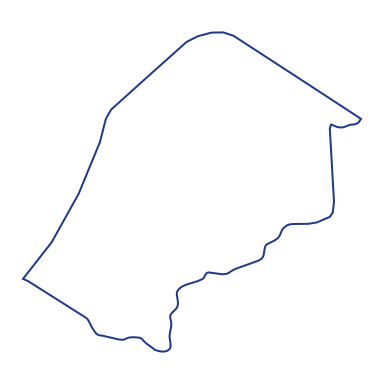 map outline of Hhohho (orthographic projection)
{"feature_id": "SWZ-534", "entity_name": "Hhohho", "entity_type": "District", "adm_level": 1, "iso_a3": "SWZ", "parent_name": "eSwatini", "parent_adm1": "", "projection": "orthographic", "projection_center": [31.368, -26.096], "detail": "fine", "context": "isolated", "style": "outline", "palette": "blue", "viewbox_px": 384, "rotation_deg": 0, "n_neighbors": 0, "source": "natural_earth", "source_scale": "10m", "svg_char_len": 1390}
<svg xmlns="http://www.w3.org/2000/svg" viewBox="0 0 384 384"><path d="M223.3,32.4L233.5,35.8L275.7,63.2L317.9,90.7L354.5,114.6L361.0,118.9L358.2,122.9L356.1,123.8L353.4,124.6L351.1,124.6L348.9,125.2L344.5,126.9L342.1,127.5L339.6,127.4L337.2,127.0L331.1,124.5L329.8,128.3L334.0,201.6L332.8,212.4L330.0,216.8L316.9,222.4L308.7,223.8L292.8,224.0L290.2,224.3L287.1,225.3L283.8,227.8L282.0,230.0L279.9,235.2L278.9,236.7L277.6,238.3L274.0,240.8L267.7,243.9L265.9,245.2L264.9,247.3L263.7,254.7L263.1,256.6L262.3,257.8L261.3,258.9L258.5,260.6L235.4,268.9L231.1,271.2L228.8,272.9L226.2,273.9L222.5,274.3L208.7,272.4L206.9,272.9L205.6,274.4L204.8,275.7L204.0,277.6L203.4,278.4L201.8,279.3L197.8,281.1L185.9,284.8L182.0,286.6L179.5,288.5L177.9,290.4L176.9,292.3L176.8,294.6L177.7,300.4L178.0,303.8L177.5,306.4L176.2,308.7L171.6,313.2L170.3,315.5L170.2,317.8L170.9,320.7L171.4,324.3L170.9,328.2L170.0,332.3L169.5,336.4L170.5,343.8L170.6,347.0L169.6,349.1L167.6,350.6L164.4,351.6L160.0,351.4L155.2,350.0L146.9,343.9L143.7,341.0L141.6,338.6L140.2,337.9L137.9,337.5L132.8,337.2L129.3,337.5L126.9,338.2L123.5,339.8L119.5,339.6L101.5,335.5L99.3,335.3L96.9,334.2L95.1,332.3L92.1,327.7L88.8,321.1L87.7,319.5L86.5,318.1L27.9,281.0L23.0,278.9L51.7,242.2L78.6,193.9L99.9,142.2L105.9,118.8L111.1,109.6L146.3,77.9L186.6,41.9L197.8,36.2L211.6,32.6L223.3,32.4Z" fill="none" stroke="#1e3a8a" stroke-width="2"/></svg>